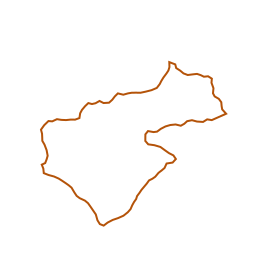 the district of Ascurra, Santa Catarina, Brazil, rotated 310°
{"feature_id": "56859067B70069484893186", "entity_name": "Ascurra", "entity_type": "district", "adm_level": 2, "iso_a3": "BRA", "parent_name": "Brazil", "parent_adm1": "Santa Catarina", "projection": "albers", "projection_center": [-49.389, -26.969], "detail": "fine", "context": "isolated", "style": "outline", "palette": "amber", "viewbox_px": 256, "rotation_deg": 310, "n_neighbors": 0, "source": "geoboundaries", "source_scale": "gbopen_adm2", "svg_char_len": 1677}
<svg xmlns="http://www.w3.org/2000/svg" viewBox="0 0 256 256"><g transform="rotate(310 128 128)"><path d="M202.0,194.0L202.8,188.2L205.0,185.6L207.7,182.9L208.7,178.8L207.9,174.1L209.2,170.8L213.4,167.9L216.3,162.9L219.7,160.5L219.1,156.1L216.1,153.2L215.2,149.6L213.8,146.1L211.1,143.5L207.0,139.7L205.5,135.4L205.5,131.2L204.9,126.4L207.1,123.3L205.0,117.3L201.3,120.6L198.0,122.0L194.6,122.4L189.4,122.7L185.4,123.3L182.0,124.1L177.2,124.3L172.1,121.7L167.1,118.1L163.0,114.9L160.1,111.3L157.4,108.2L154.6,105.8L150.5,103.0L148.0,98.0L143.7,97.6L139.5,97.8L135.2,97.2L131.4,93.2L130.4,88.8L126.1,87.2L123.2,85.0L121.6,81.6L117.1,81.1L112.3,81.1L108.5,81.9L104.4,84.4L100.4,82.1L97.6,78.7L94.2,75.4L91.3,71.6L89.1,67.9L84.4,65.7L82.2,62.6L76.3,62.0L70.8,62.4L68.4,65.8L65.7,68.3L63.1,70.6L61.6,74.7L58.7,79.9L55.1,84.3L51.7,85.8L47.9,87.1L44.5,85.5L42.5,89.2L39.3,92.5L40.9,97.3L43.3,102.5L44.7,107.4L45.2,111.1L45.7,115.7L46.0,119.3L46.0,123.1L44.2,128.2L43.0,132.3L43.2,136.1L44.7,141.7L44.7,145.7L43.8,149.2L42.7,153.2L41.1,158.9L37.7,163.9L36.3,168.2L37.6,172.1L42.5,173.2L47.8,175.4L52.6,178.3L57.9,180.9L63.3,182.0L67.5,182.1L71.6,180.9L75.2,180.2L78.8,179.9L81.7,178.7L85.5,178.5L89.3,178.1L93.1,178.1L97.4,178.1L101.4,177.8L104.8,179.3L108.2,180.2L113.3,180.2L117.4,181.1L120.8,181.7L125.6,180.4L130.2,184.4L135.0,184.6L136.2,180.4L135.1,175.6L134.7,170.8L134.3,165.0L131.8,159.3L128.5,154.0L129.2,149.6L134.3,145.4L138.5,145.3L141.3,150.2L143.9,152.6L148.5,153.7L153.3,155.7L157.5,158.5L161.3,162.2L163.7,167.0L167.4,168.4L171.2,168.9L175.1,172.0L177.3,176.7L180.9,181.6L185.5,183.1L187.9,187.1L202.0,194.0Z" fill="none" stroke="#b45309" stroke-width="2"/></g></svg>